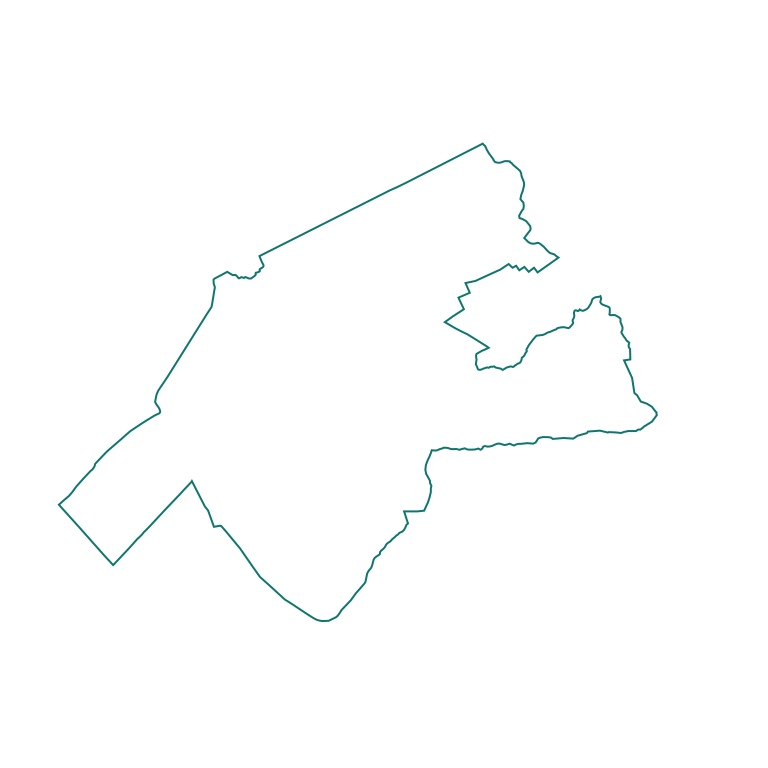 the district of San Lucas Tecopilco, Tlaxcala, Mexico, rotated 289°
{"feature_id": "50627088B19977946929791", "entity_name": "San Lucas Tecopilco", "entity_type": "district", "adm_level": 2, "iso_a3": "MEX", "parent_name": "Mexico", "parent_adm1": "Tlaxcala", "projection": "albers", "projection_center": [-98.249, 19.488], "detail": "fine", "context": "isolated", "style": "outline", "palette": "teal", "viewbox_px": 768, "rotation_deg": 289, "n_neighbors": 0, "source": "geoboundaries", "source_scale": "gbopen_adm2", "svg_char_len": 6166}
<svg xmlns="http://www.w3.org/2000/svg" viewBox="0 0 768 768"><g transform="rotate(289 384 384)"><path d="M158.2,201.9L162.9,204.2L166.0,205.3L167.8,206.3L173.6,209.0L194.1,218.1L212.6,226.6L218.6,229.2L228.9,233.9L229.6,234.0L209.8,254.6L207.1,258.9L193.6,269.7L196.6,275.1L196.7,276.4L193.3,282.3L181.7,301.4L169.7,317.7L161.1,329.7L156.3,341.2L147.9,360.5L146.4,367.0L142.0,384.0L139.8,393.0L139.2,396.9L139.2,398.9L139.7,402.6L142.1,408.8L147.8,414.5L149.8,415.7L153.2,416.7L156.6,417.5L168.6,423.0L176.8,425.5L189.1,430.5L190.3,430.8L191.9,430.8L196.8,430.1L199.1,429.8L201.4,430.1L203.5,430.7L205.3,431.5L207.1,431.8L209.6,431.8L214.2,431.4L216.5,431.8L218.2,432.9L221.0,435.0L222.1,435.5L223.7,435.0L225.3,435.4L227.3,436.7L229.8,437.9L231.3,438.1L233.6,438.6L235.0,439.4L237.3,441.3L239.9,442.3L243.0,444.2L244.9,445.1L246.4,446.3L248.2,447.0L250.4,449.4L252.7,450.5L255.3,450.9L258.3,451.1L259.9,452.1L270.1,444.5L274.3,456.8L277.3,463.2L286.5,464.1L291.6,464.0L297.0,463.5L300.1,462.4L303.3,461.9L305.3,459.8L307.4,459.0L310.1,456.1L312.7,453.2L316.4,451.0L321.2,450.0L326.1,450.1L329.7,450.6L334.2,450.8L336.9,450.7L337.7,453.9L338.5,455.7L340.9,458.3L342.0,460.1L343.1,461.0L343.8,463.1L344.3,465.2L344.3,468.5L344.9,470.5L346.0,473.3L346.3,475.4L346.4,476.9L347.7,478.5L349.5,481.4L349.2,484.1L350.2,487.5L351.7,491.3L353.6,494.1L353.3,496.8L354.0,497.4L355.7,498.1L357.1,498.2L358.2,499.6L358.5,502.3L359.5,504.6L361.0,506.8L362.4,508.1L364.5,510.7L365.3,512.7L365.5,517.8L367.1,520.5L368.5,522.3L368.2,525.0L368.2,527.0L369.7,528.4L371.2,530.6L371.9,532.7L374.7,538.7L376.2,544.5L378.0,546.4L382.8,547.6L384.1,549.1L385.7,551.9L387.3,557.0L387.7,559.4L387.0,561.4L391.4,571.4L394.0,580.8L398.1,583.9L403.6,591.8L405.4,592.3L410.2,603.4L411.0,611.5L411.7,612.2L413.8,619.4L414.8,623.9L415.9,625.5L416.8,626.5L418.4,629.3L418.8,629.7L421.6,637.7L423.3,638.8L424.0,639.9L424.3,641.2L427.0,643.0L428.3,643.6L435.6,649.6L443.4,652.1L444.6,651.3L445.9,650.9L446.2,650.0L449.7,644.7L451.0,639.0L451.0,632.5L455.7,627.1L457.0,623.7L470.5,616.6L484.5,603.3L487.4,608.9L497.2,605.3L498.3,603.7L500.1,602.7L502.7,602.5L503.1,602.0L503.3,601.1L503.8,600.4L503.8,599.8L504.0,599.3L505.7,597.2L507.1,595.1L509.6,592.0L510.2,591.6L510.9,591.5L512.6,591.8L514.9,591.2L515.9,590.6L518.9,588.0L519.8,587.3L521.7,586.8L522.6,586.3L523.1,585.6L523.6,584.2L524.3,580.6L524.3,579.6L522.9,575.9L522.8,575.2L523.0,574.7L523.3,574.4L525.2,574.2L528.8,572.9L529.5,572.4L529.8,571.9L530.0,571.2L530.2,565.1L530.5,563.7L530.9,562.9L531.7,562.0L532.2,561.8L533.5,561.6L535.0,561.6L535.8,561.3L537.5,560.0L536.7,559.3L534.9,555.8L533.7,554.5L532.4,553.6L531.5,553.4L528.6,553.5L527.4,553.4L523.8,552.6L522.4,552.2L521.4,551.7L520.6,551.1L519.0,549.5L518.0,548.3L517.8,547.8L517.8,546.4L518.2,544.8L516.8,544.3L516.4,544.0L516.1,543.6L516.2,541.5L515.8,540.7L515.2,540.4L514.2,540.3L513.0,540.5L510.5,541.7L509.4,541.9L507.9,541.9L505.9,541.6L505.3,541.7L503.5,542.9L502.5,542.9L499.4,541.8L497.8,541.0L497.0,540.4L496.8,539.6L496.3,535.7L495.4,533.4L493.9,530.7L492.8,529.4L492.3,529.3L491.6,528.9L490.6,527.5L487.3,524.0L486.3,522.4L485.0,521.1L483.7,520.1L482.0,518.0L479.4,512.6L478.1,511.9L474.6,510.5L467.5,508.2L464.6,507.8L464.0,507.5L462.9,507.5L462.4,507.7L461.7,508.3L461.2,508.3L460.7,508.2L459.4,507.7L457.2,507.5L456.2,507.3L453.7,505.8L450.9,506.2L449.1,505.9L448.3,505.6L447.7,505.1L446.6,503.6L445.2,502.8L444.6,502.1L443.2,501.4L442.4,500.8L442.1,500.4L442.0,498.7L441.8,497.9L439.8,495.0L438.9,494.1L436.3,492.0L436.0,491.5L436.5,489.5L436.5,488.6L436.3,487.9L436.2,486.5L435.9,484.3L436.0,483.7L436.3,483.1L436.5,482.5L436.3,482.0L435.5,480.8L435.3,479.7L434.4,478.5L433.7,478.0L433.3,477.5L433.3,476.3L433.1,475.8L432.4,475.0L430.8,472.8L429.5,471.5L428.8,470.5L428.5,469.6L428.4,468.9L428.5,468.2L428.8,467.7L430.0,466.9L431.7,465.2L432.7,464.4L437.4,463.5L439.2,462.5L440.5,461.9L441.4,461.7L442.4,461.7L442.6,461.7L447.4,465.9L449.3,468.1L452.3,471.2L453.0,469.1L458.1,447.0L459.0,439.4L459.9,433.4L462.3,421.4L470.5,427.2L480.7,435.2L489.9,426.3L498.2,435.4L506.0,428.2L511.2,436.9L523.8,450.1L529.9,456.6L538.0,462.8L535.8,467.7L538.8,470.4L535.6,474.9L540.4,478.6L537.2,484.3L542.8,488.0L539.5,492.9L560.3,507.8L561.0,505.4L562.0,502.8L561.9,499.7L561.9,498.3L562.1,497.6L563.2,495.0L565.7,490.6L567.4,485.9L567.6,484.9L567.6,484.1L567.4,483.1L566.3,481.6L565.2,479.4L564.9,478.2L564.8,476.9L564.9,475.7L565.3,474.0L567.7,469.1L574.7,471.4L576.9,472.2L578.4,472.1L580.8,470.9L582.1,468.9L584.3,465.4L585.1,460.8L585.0,458.2L587.0,457.0L591.4,457.7L594.1,458.4L594.8,458.8L597.6,458.3L600.8,456.8L603.2,452.8L607.5,452.2L611.3,452.3L617.6,451.8L620.6,450.4L625.3,446.4L628.0,445.0L629.9,443.1L633.2,434.8L634.4,432.8L634.8,431.0L635.4,430.6L634.9,428.1L633.9,425.4L632.0,423.1L630.8,421.2L630.5,420.3L630.1,418.3L630.0,416.9L630.3,416.2L631.2,415.1L631.6,414.4L632.1,414.2L636.1,408.3L639.0,404.9L642.0,402.1L642.5,400.6L643.4,399.1L581.1,339.0L574.5,332.4L569.0,326.5L464.4,224.6L459.4,228.9L457.5,231.1L456.8,231.5L456.3,231.7L455.7,231.6L454.8,231.3L452.2,229.2L451.7,229.2L450.4,229.8L450.0,229.8L449.7,229.6L448.1,227.7L447.5,226.6L447.1,226.5L446.7,226.6L446.2,226.9L445.6,227.1L445.1,227.0L443.0,225.8L441.1,224.4L440.3,223.7L440.0,222.7L439.8,221.8L440.0,218.2L439.7,217.8L439.0,217.4L438.7,217.0L438.6,214.3L436.9,212.8L436.7,212.4L436.8,211.9L438.5,209.1L438.6,208.2L438.7,207.6L437.8,206.0L437.7,205.4L439.0,199.3L428.4,189.4L427.1,188.9L425.9,189.3L423.5,190.3L421.0,192.2L419.7,192.8L418.4,192.9L402.7,195.6L400.9,195.8L400.1,195.7L391.4,193.5L319.9,176.9L304.6,172.8L301.9,172.5L300.2,172.4L298.1,172.6L294.6,173.1L292.9,173.4L292.2,173.7L290.4,175.7L288.8,178.1L287.3,179.8L285.7,181.0L284.8,181.4L284.0,181.4L283.3,181.2L282.7,180.7L281.7,179.6L279.6,177.4L274.6,173.3L268.6,168.4L258.2,160.5L256.4,159.2L253.6,157.6L245.3,152.9L231.4,144.8L228.5,143.3L215.4,137.3L214.6,137.0L213.8,136.9L212.3,137.1L211.2,137.0L208.4,136.2L206.3,134.9L197.9,131.1L187.0,126.5L179.6,124.2L175.3,122.4L169.4,118.9L164.0,115.9L148.7,143.6L130.8,175.3L124.6,186.9L145.9,196.5L157.8,201.5L158.2,201.9Z" fill="none" stroke="#0f766e" stroke-width="2"/></g></svg>